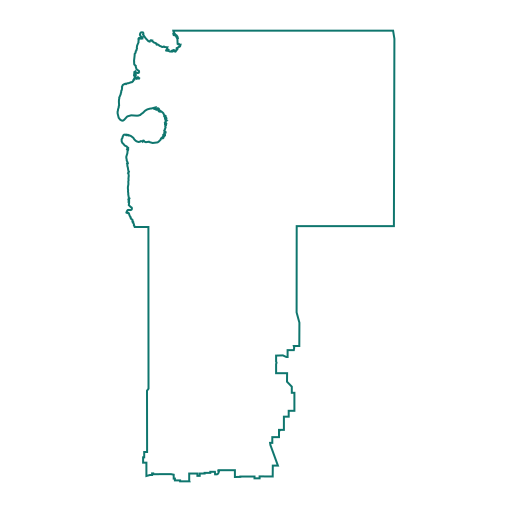 Mount Marshall, Western Australia, Australia (Natural Earth projection)
{"feature_id": "25037944B9675874244357", "entity_name": "Mount Marshall", "entity_type": "district", "adm_level": 2, "iso_a3": "AUS", "parent_name": "Australia", "parent_adm1": "Western Australia", "projection": "natural_earth1", "projection_center": [117.638, -30.294], "detail": "fine", "context": "isolated", "style": "outline", "palette": "teal", "viewbox_px": 512, "rotation_deg": 0, "n_neighbors": 0, "source": "geoboundaries", "source_scale": "gbopen_adm2", "svg_char_len": 5955}
<svg xmlns="http://www.w3.org/2000/svg" viewBox="0 0 512 512"><path d="M134.8,227.0L148.4,227.0L148.5,388.7L147.0,390.7L147.1,452.0L144.2,452.0L144.2,457.3L143.1,457.3L143.1,462.7L146.4,462.7L146.4,476.0L149.9,475.0L152.1,475.0L152.1,473.4L153.2,473.4L153.2,474.2L170.9,474.1L173.7,474.7L173.7,478.6L174.9,478.6L174.9,480.4L180.1,480.4L180.1,481.3L189.4,481.3L189.2,480.7L189.2,473.5L197.4,473.5L197.4,475.9L199.7,475.9L199.7,473.5L204.6,473.5L204.6,472.9L210.3,472.9L210.3,471.8L214.9,471.8L215.1,474.3L217.0,474.3L218.1,473.6L218.6,472.5L219.0,471.3L218.2,470.8L218.4,470.2L234.9,470.2L234.9,477.0L240.3,476.9L240.3,476.5L254.5,476.5L254.5,478.3L259.6,478.3L259.6,476.4L272.7,476.5L272.8,465.6L277.9,465.6L270.4,445.0L270.1,442.9L272.3,442.9L272.3,437.1L279.0,437.1L279.0,429.9L280.2,429.9L280.4,430.1L280.7,429.9L283.9,429.9L283.9,416.7L288.7,416.7L288.7,410.8L294.4,410.8L294.4,392.8L291.8,392.8L291.8,386.7L287.0,381.7L287.1,373.2L276.1,373.2L276.1,364.0L276.5,363.0L276.5,362.4L276.1,361.7L276.1,355.6L282.9,355.4L286.3,357.0L287.6,357.0L287.6,350.1L293.8,350.1L294.2,347.7L293.8,346.0L299.3,346.0L299.4,322.7L296.6,312.4L296.7,226.1L393.9,226.1L394.4,38.8L393.1,30.7L173.3,30.7L173.5,31.8L174.0,32.0L174.2,33.2L173.3,33.8L173.7,35.1L174.5,35.3L175.1,34.1L175.7,34.8L176.6,35.4L177.5,36.7L177.7,37.5L176.4,37.0L177.4,38.9L177.6,43.9L178.4,44.4L179.0,44.0L179.7,44.7L180.5,44.7L180.1,46.2L179.5,46.8L179.0,46.7L177.5,47.8L176.7,48.1L176.6,48.9L177.3,49.2L175.5,51.6L174.1,51.3L174.3,50.9L175.0,50.7L174.7,50.4L173.7,50.0L172.2,50.6L172.5,51.0L172.2,51.6L169.8,51.5L168.5,50.9L166.2,50.6L166.1,50.3L166.6,49.8L167.5,49.8L168.1,49.5L167.3,48.9L167.0,48.2L166.9,47.7L167.2,47.3L164.4,47.0L163.9,46.5L163.1,46.9L162.1,47.0L161.6,46.6L159.5,45.8L158.5,44.8L157.8,44.6L156.8,44.7L156.5,44.5L156.4,44.2L156.8,44.0L156.6,43.7L155.7,43.1L154.1,42.6L152.0,41.0L152.2,40.5L150.9,40.2L150.2,40.7L149.7,41.6L148.4,41.2L145.6,38.2L142.6,33.9L143.2,34.2L143.4,34.0L143.3,33.0L142.9,32.4L141.9,32.3L140.9,32.5L140.2,33.4L139.9,34.9L140.9,36.6L142.6,37.3L142.4,37.8L142.4,38.5L140.9,38.7L139.6,37.9L139.0,38.0L138.6,38.5L138.4,39.1L138.8,39.6L138.4,41.3L138.6,42.1L137.1,45.6L136.8,47.8L137.0,48.5L136.3,50.2L136.4,50.5L135.7,51.3L135.6,52.7L134.7,53.9L134.6,55.8L134.0,61.1L134.2,61.9L134.1,62.8L134.3,64.5L135.8,65.9L135.7,66.6L136.6,69.4L138.9,70.9L139.1,72.0L138.6,72.9L137.3,73.0L135.7,72.3L135.3,71.4L134.3,72.1L134.4,72.8L134.0,75.4L134.3,75.9L134.7,75.7L134.8,74.6L135.2,73.9L135.8,74.6L135.8,75.3L135.0,76.5L135.3,77.3L137.6,78.0L138.0,77.6L138.1,77.3L139.2,78.2L139.0,78.6L137.6,78.5L136.5,78.8L136.3,78.4L135.1,78.1L134.4,78.2L134.1,78.8L134.3,79.1L134.3,79.7L133.3,80.1L133.1,81.2L131.9,82.2L131.0,82.2L130.7,82.5L129.7,82.7L128.6,83.2L127.2,83.3L126.0,84.1L125.5,83.7L124.5,84.0L122.8,85.0L121.9,87.0L122.1,87.6L122.0,88.7L121.7,90.2L121.3,90.8L121.1,92.7L120.8,93.2L120.7,94.2L119.2,97.7L119.3,98.4L119.0,99.6L118.9,101.8L119.1,105.5L118.7,106.3L118.8,107.0L118.0,109.5L117.9,110.7L117.6,111.6L117.6,113.4L118.7,117.8L120.2,119.7L121.6,120.5L122.8,120.7L124.1,119.9L127.0,116.7L127.7,116.3L131.2,115.3L136.8,115.7L138.2,115.6L140.2,115.0L141.4,113.9L142.9,112.9L145.1,110.7L147.3,109.4L150.1,108.6L151.4,108.5L154.8,107.6L154.0,108.7L154.1,108.9L155.2,109.1L156.4,109.8L157.2,109.7L157.4,109.6L155.9,108.4L156.5,108.2L156.9,107.7L156.8,108.2L158.4,108.4L158.9,108.9L158.8,110.2L158.5,110.7L158.8,111.3L159.9,111.7L160.1,111.2L159.9,110.5L162.4,112.3L163.4,113.3L164.0,114.8L164.4,114.9L164.7,114.6L164.4,115.3L165.4,115.8L165.2,116.3L164.5,116.7L165.1,117.3L165.7,117.0L166.1,117.4L165.9,117.8L165.5,117.8L165.0,118.0L165.0,118.5L165.8,118.9L166.0,118.4L166.4,118.6L166.5,118.9L166.3,119.3L165.5,119.9L165.8,120.4L166.5,120.7L165.5,121.4L165.7,122.1L165.1,122.7L165.9,123.3L165.0,123.8L165.0,124.3L166.8,125.1L165.7,125.1L165.4,125.3L165.2,126.1L165.6,127.4L165.3,127.9L165.3,128.3L164.5,129.7L164.9,129.4L164.9,129.7L164.2,130.7L164.6,131.7L165.0,131.9L165.3,131.9L165.3,132.2L165.6,132.3L165.6,132.7L165.4,132.8L165.2,132.4L164.5,132.4L164.3,132.6L164.3,133.6L165.0,134.6L165.0,135.4L164.5,135.7L164.5,135.0L164.1,135.0L163.8,136.0L164.0,136.5L163.8,136.6L163.6,135.9L163.8,135.5L163.3,134.8L163.2,134.9L163.3,135.8L162.6,137.2L163.1,137.4L163.5,137.1L163.3,137.9L163.0,137.9L162.7,138.3L161.7,137.8L160.9,138.6L160.8,139.4L160.4,139.9L158.5,141.8L157.5,142.4L152.7,143.0L149.1,142.0L148.9,141.7L145.9,142.2L143.8,141.4L144.1,141.3L144.0,140.9L143.7,140.6L143.2,140.6L142.6,141.5L142.4,141.2L140.5,141.2L140.0,141.7L138.6,142.0L136.7,141.4L135.6,140.7L134.3,139.4L133.3,137.8L130.9,136.0L127.9,134.8L127.6,134.9L127.7,135.2L127.4,135.1L127.0,135.2L126.9,135.1L127.3,134.9L126.3,134.6L125.9,134.7L126.0,134.9L126.7,135.2L126.2,135.2L125.1,134.6L124.1,134.7L123.6,135.0L122.7,136.6L122.4,138.0L121.6,139.3L121.7,141.5L122.4,143.0L123.4,143.9L124.7,145.5L126.6,146.4L127.3,147.2L127.3,147.7L127.7,147.5L128.2,147.8L128.2,148.3L127.9,148.8L126.4,150.0L128.1,149.3L128.2,149.7L127.5,151.3L127.4,153.1L126.3,156.7L126.3,157.8L126.7,159.6L126.7,160.5L127.5,162.2L127.2,163.1L127.8,163.1L127.9,163.3L127.3,164.1L127.4,166.0L127.9,167.8L128.2,170.0L128.5,171.0L128.5,171.8L128.3,172.4L128.7,172.3L128.4,173.4L128.8,176.0L128.5,177.1L128.6,177.8L128.4,178.7L128.6,180.2L128.3,181.3L128.4,184.2L127.9,187.0L127.9,188.6L128.1,190.3L128.0,191.7L128.3,193.2L128.2,194.1L128.8,197.7L129.1,198.0L128.8,198.1L128.7,198.7L128.4,199.3L128.6,199.5L128.6,200.5L129.1,199.9L129.1,202.9L128.8,205.1L130.7,207.0L131.5,207.4L131.8,207.8L131.9,208.6L131.7,209.4L131.3,209.8L130.2,210.1L128.8,209.9L127.7,210.1L127.1,210.9L126.4,212.5L126.5,212.7L127.3,212.5L127.5,212.6L127.7,213.1L128.3,213.2L129.3,212.5L128.8,213.0L129.6,215.7L130.7,217.3L130.5,217.7L131.1,218.9L132.1,219.5L132.5,220.0L132.4,221.0L132.7,221.2L132.6,221.6L133.0,221.7L133.3,221.2L133.0,222.7L133.4,222.9L134.0,224.7L133.9,225.6L134.8,226.5L134.8,227.0Z" fill="none" stroke="#0f766e" stroke-width="2"/></svg>